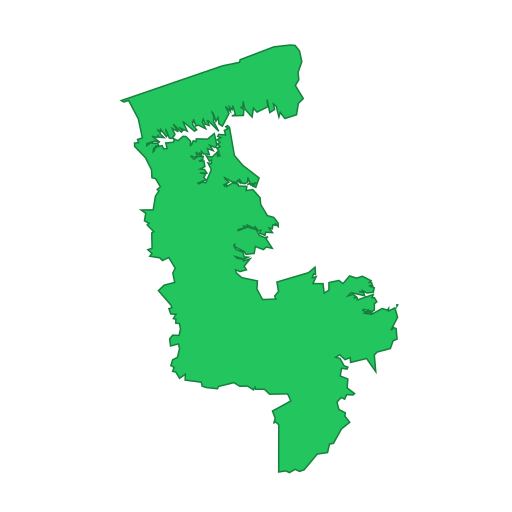 the district of Franklin Local Board Area, Auckland, New Zealand, rotated 95°
{"feature_id": "76426892B8837637515397", "entity_name": "Franklin Local Board Area", "entity_type": "district", "adm_level": 2, "iso_a3": "NZL", "parent_name": "New Zealand", "parent_adm1": "Auckland", "projection": "orthographic", "projection_center": [174.832, -37.083], "detail": "fine", "context": "isolated", "style": "filled", "palette": "green", "viewbox_px": 512, "rotation_deg": 95, "n_neighbors": 0, "source": "geoboundaries", "source_scale": "gbopen_adm2", "svg_char_len": 6148}
<svg xmlns="http://www.w3.org/2000/svg" viewBox="0 0 512 512"><g transform="rotate(95 256 256)"><path d="M469.2,214.6L467.5,207.5L468.9,203.9L465.1,198.4L466.8,193.9L464.8,189.4L448.0,177.7L445.6,167.6L437.0,166.4L435.9,162.5L420.8,155.8L413.5,148.1L407.9,153.4L404.4,153.4L401.7,160.0L394.6,162.6L389.5,158.9L390.9,155.2L386.2,153.6L386.0,147.3L384.5,145.8L379.4,153.7L370.5,153.8L368.2,161.6L360.4,161.0L360.7,155.4L358.7,154.8L357.7,158.7L350.7,163.4L349.9,167.8L347.1,164.0L351.5,158.3L349.0,153.3L353.8,152.5L348.5,136.9L360.8,126.6L344.3,129.5L341.1,126.9L336.5,114.1L328.5,112.0L326.5,108.2L316.1,110.1L315.2,112.9L317.2,113.8L317.5,114.8L304.7,109.6L295.6,113.1L299.3,119.2L296.6,119.3L298.4,120.4L297.3,125.8L304.0,135.8L303.6,143.3L302.1,141.8L300.9,144.9L299.8,144.6L300.7,137.0L301.5,136.0L299.6,133.4L293.2,133.9L291.1,131.6L287.3,134.4L287.5,136.7L284.1,135.8L290.9,151.2L288.5,151.7L289.3,155.0L287.6,153.0L285.1,156.9L286.2,157.1L287.7,160.8L284.2,158.1L286.1,144.4L283.2,145.4L282.3,150.2L282.6,146.4L281.1,147.0L283.2,142.2L281.9,136.0L277.3,135.4L275.8,141.0L275.5,137.2L272.3,138.7L272.3,140.1L272.5,140.5L272.5,140.8L270.6,139.2L266.9,148.2L269.3,154.0L267.6,161.0L275.9,166.9L273.1,171.3L276.1,181.0L283.7,180.4L287.0,184.9L277.7,186.8L278.5,196.9L271.4,194.3L272.8,198.0L268.8,197.2L269.3,195.1L262.0,196.2L268.0,202.2L280.1,232.9L289.4,230.5L294.2,233.9L297.2,232.5L298.8,245.7L288.8,252.2L280.7,252.4L278.8,268.3L274.5,274.2L271.6,275.2L272.9,270.5L270.6,264.3L267.2,266.9L259.3,261.6L262.0,268.0L260.2,268.8L260.0,274.6L258.4,276.5L260.1,267.6L257.9,263.7L257.9,267.7L253.3,269.3L251.3,276.4L247.9,279.1L245.4,278.0L248.5,278.3L252.5,268.2L255.2,266.1L253.6,258.0L246.6,257.5L249.0,249.1L246.2,246.6L246.9,240.5L237.9,247.5L235.7,245.8L237.0,248.5L235.2,254.5L229.8,257.9L227.9,266.8L232.3,275.9L231.3,276.1L228.8,270.0L227.3,271.0L227.5,266.8L225.9,267.4L229.2,258.6L226.2,259.9L230.8,255.8L229.9,253.5L233.0,254.4L234.7,248.8L231.5,248.5L231.3,241.6L227.0,245.3L227.5,242.1L223.6,242.0L223.7,238.4L221.8,240.0L224.7,236.4L221.3,236.8L216.0,241.7L214.8,248.1L204.5,255.7L197.5,257.1L190.1,265.0L191.6,271.5L187.4,271.2L187.8,279.7L186.0,279.9L185.2,285.4L189.3,291.2L187.4,291.3L189.3,293.2L187.9,294.2L184.9,289.3L181.9,293.6L180.6,294.1L184.2,286.2L184.5,281.4L182.6,281.1L184.5,278.3L180.5,279.7L184.8,276.2L184.9,273.2L183.0,270.7L178.4,271.1L184.1,268.2L185.5,271.0L183.9,265.5L185.0,267.8L185.7,267.4L183.4,263.4L183.5,262.8L186.1,265.6L186.9,263.0L186.5,265.9L187.6,262.2L178.0,259.7L166.8,277.1L157.7,286.3L130.2,293.6L128.6,295.7L129.8,297.4L131.7,295.2L133.7,298.5L138.0,296.8L138.1,303.7L140.2,304.6L141.2,301.4L143.5,304.9L146.0,301.7L147.5,304.0L150.4,301.4L151.6,304.6L155.1,302.1L157.0,302.0L157.4,301.5L157.9,301.7L159.1,300.7L159.4,300.7L158.6,302.8L160.9,302.8L155.9,303.7L161.3,308.3L160.6,314.2L165.6,310.7L164.1,308.7L168.0,308.6L167.4,312.0L173.8,308.0L187.4,312.4L187.0,316.5L188.8,318.1L189.0,319.6L188.5,320.3L184.5,312.5L182.4,314.8L178.6,313.3L178.1,319.2L177.7,312.2L174.3,314.9L174.2,319.2L171.4,314.7L165.8,316.2L166.5,321.2L164.4,317.4L161.3,317.3L161.9,322.7L165.1,326.2L161.9,330.0L163.0,325.3L160.9,323.2L157.7,324.9L161.1,320.3L157.8,321.7L160.4,319.0L156.6,319.5L158.8,317.2L158.9,311.4L153.3,313.8L154.8,307.8L149.7,311.8L151.4,306.3L149.1,304.6L137.6,308.2L143.8,314.4L144.5,325.7L147.3,325.7L146.6,328.5L150.7,329.9L151.5,330.5L151.7,331.0L147.4,331.1L143.1,336.2L143.1,339.1L148.0,343.8L146.3,348.2L148.8,347.6L149.9,348.4L151.3,355.8L156.7,353.9L157.4,357.3L154.2,359.2L156.2,364.9L157.8,366.3L158.9,366.1L160.5,366.8L161.2,367.6L158.2,367.4L155.3,365.4L154.3,362.6L152.4,363.5L152.7,371.2L155.6,374.4L153.6,374.6L150.3,366.9L151.1,361.6L145.8,370.0L146.6,364.9L144.5,364.0L146.1,363.4L146.1,357.9L143.0,361.8L140.4,362.9L140.2,364.0L139.2,364.6L140.3,361.8L138.1,362.1L144.9,355.7L142.6,354.4L140.3,356.2L139.4,356.2L138.7,356.8L138.1,356.9L137.9,356.8L146.1,352.6L146.3,349.8L142.0,347.3L136.2,350.7L139.0,344.2L131.8,350.0L139.1,341.2L137.3,339.7L136.2,341.6L135.6,342.4L135.2,342.7L137.6,335.4L128.3,340.6L137.0,328.2L135.5,326.1L131.0,330.3L128.1,330.9L128.1,330.0L126.0,330.3L125.7,330.0L131.8,327.2L130.6,325.0L133.6,317.2L127.5,321.0L126.8,321.1L124.3,320.5L129.1,318.1L130.0,314.0L125.4,316.1L125.3,315.5L135.0,304.0L125.6,310.0L121.1,310.1L119.5,311.0L117.6,311.2L117.5,311.5L117.4,311.7L117.4,312.0L117.2,312.2L117.0,312.3L116.6,312.4L117.6,311.0L125.3,307.7L121.4,305.9L127.7,304.4L129.6,300.8L116.3,295.3L109.7,299.4L114.3,294.1L109.9,295.5L112.5,292.6L108.2,292.2L116.9,288.9L118.5,292.3L117.1,280.8L111.2,280.8L108.8,284.7L109.6,282.1L103.1,282.3L110.4,280.1L117.9,272.0L109.0,271.4L112.6,267.5L106.3,257.3L99.1,258.6L111.9,254.8L108.4,250.2L103.0,251.9L105.1,248.9L115.5,245.3L110.9,244.3L116.5,239.2L111.8,227.9L100.3,227.1L95.0,222.6L82.7,231.7L76.7,228.7L69.4,230.1L58.5,227.3L48.0,230.5L42.8,235.4L42.8,240.2L46.1,256.5L61.8,288.9L64.5,289.3L69.4,305.8L112.9,403.8L114.1,400.9L112.1,396.5L129.6,385.2L148.3,379.5L150.2,384.2L153.3,382.9L154.1,386.9L157.5,386.4L167.6,374.8L179.2,367.6L187.1,366.5L187.7,362.8L195.4,357.3L198.4,360.2L199.6,358.4L205.2,361.4L219.0,362.5L220.2,374.5L223.0,369.6L230.7,370.2L232.7,365.5L234.5,367.1L240.7,360.0L242.1,361.9L257.4,360.2L259.1,364.3L262.6,359.9L265.5,361.8L266.2,351.8L268.7,348.8L265.1,342.8L275.2,335.4L280.2,337.4L289.4,334.7L293.0,344.9L299.0,350.2L312.5,336.3L314.9,335.3L316.0,338.2L321.2,335.8L321.0,330.6L325.6,332.9L325.9,330.3L329.9,330.1L330.1,326.3L335.2,324.9L341.8,325.7L342.1,332.1L346.1,334.8L353.1,333.3L350.3,325.6L355.0,324.1L363.8,325.4L366.7,330.0L372.6,331.3L374.0,327.9L378.2,329.0L378.7,325.7L384.5,321.5L380.0,316.1L385.8,315.8L386.5,299.5L390.4,298.3L391.4,293.5L391.6,282.8L389.2,281.9L384.1,267.0L387.2,260.7L386.3,253.1L389.6,246.9L386.8,245.6L388.8,244.8L388.0,236.0L392.5,230.5L390.6,212.5L397.3,208.6L409.0,226.1L416.0,222.7L421.4,223.8L419.2,222.8L422.0,218.6L469.2,214.6ZM302.8,140.3L300.6,140.1L303.1,142.1L302.8,140.3ZM303.1,138.4L302.5,136.0L301.5,139.0L303.1,138.4ZM293.8,111.2L292.3,110.6L292.3,111.4L293.8,111.2Z" fill="#22c55e" stroke="#15803d" stroke-width="1.5"/></g></svg>